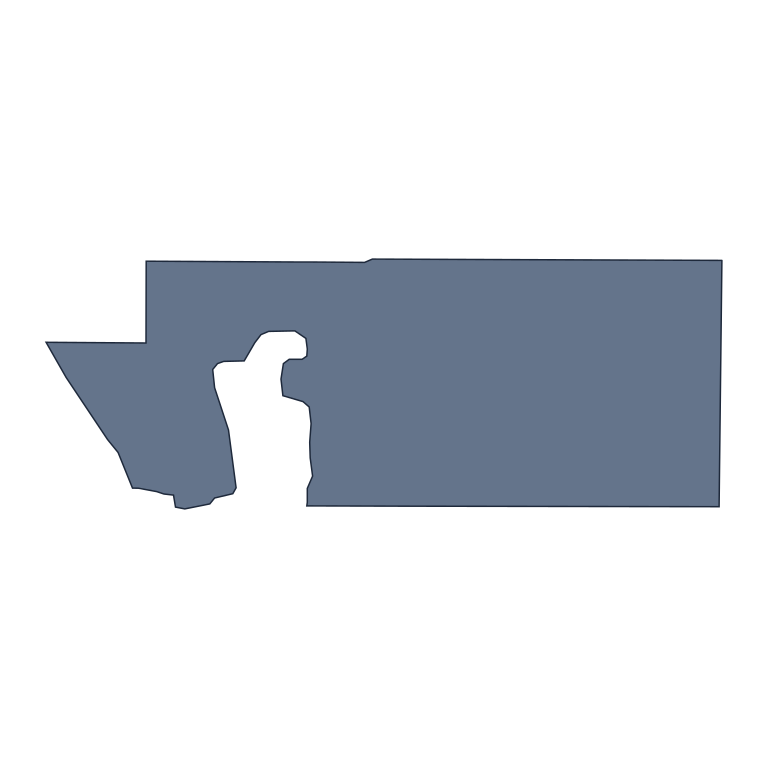 outline of Charlotte, Florida, United States of America
{"feature_id": "52423323B39160011861592", "entity_name": "Charlotte", "entity_type": "district", "adm_level": 2, "iso_a3": "USA", "parent_name": "United States of America", "parent_adm1": "Florida", "projection": "mercator", "projection_center": [-82.101, 26.901], "detail": "fine", "context": "isolated", "style": "filled", "palette": "slate", "viewbox_px": 768, "rotation_deg": 0, "n_neighbors": 0, "source": "geoboundaries", "source_scale": "gbopen_adm2", "svg_char_len": 814}
<svg xmlns="http://www.w3.org/2000/svg" viewBox="0 0 768 768"><path d="M310.6,262.0L296.9,262.0L146.2,261.2L146.0,343.0L46.1,342.3L66.1,377.4L107.6,439.6L118.1,452.5L132.5,488.1L138.4,488.2L156.7,491.6L163.9,494.0L173.5,495.1L175.5,507.1L184.8,508.9L201.9,505.5L209.8,503.9L214.6,498.0L232.8,493.7L236.1,487.8L228.5,430.0L214.6,387.7L212.7,369.5L217.5,363.6L223.7,361.4L244.2,360.9L254.8,342.7L261.0,334.6L268.6,331.4L292.9,330.9L294.9,330.9L305.9,338.4L307.1,347.5L307.3,349.1L306.8,356.1L302.1,359.3L289.2,359.3L283.4,363.6L281.0,379.1L282.9,395.7L303.0,401.6L309.2,407.0L311.1,423.6L309.7,442.3L310.2,457.9L312.6,476.1L307.3,488.4L307.3,502.3L306.8,505.9L415.4,506.2L415.6,506.2L719.1,506.7L721.9,260.5L721.8,260.4L372.3,259.1L364.6,262.4L310.6,262.0Z" fill="#64748b" stroke="#1e293b" stroke-width="1.5"/></svg>